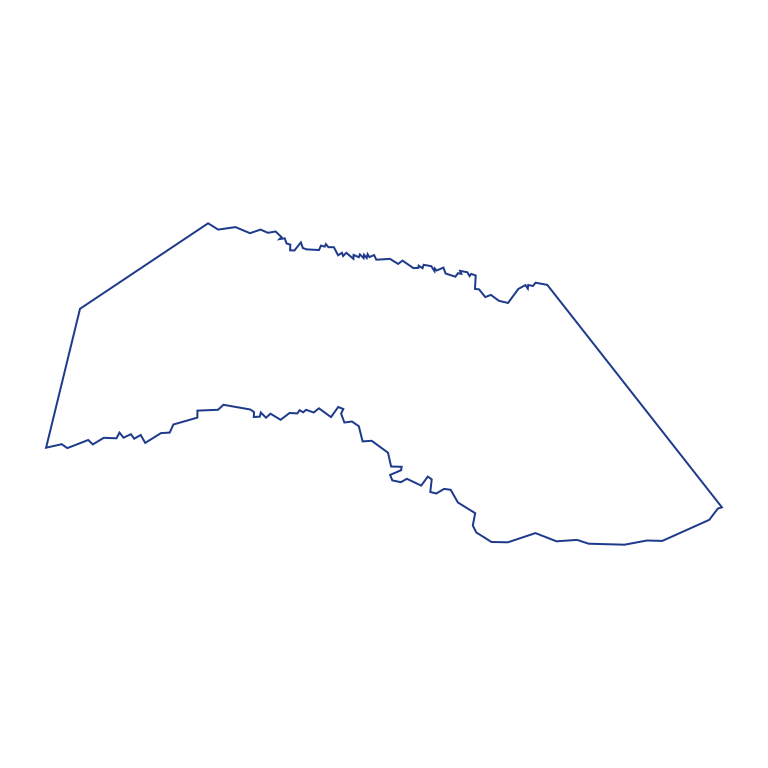 outline of Cravo Norte, Arauca, Colombia
{"feature_id": "7082276B36906579253224", "entity_name": "Cravo Norte", "entity_type": "district", "adm_level": 2, "iso_a3": "COL", "parent_name": "Colombia", "parent_adm1": "Arauca", "projection": "mercator", "projection_center": [-70.099, 6.342], "detail": "medium", "context": "isolated", "style": "outline", "palette": "blue", "viewbox_px": 768, "rotation_deg": 0, "n_neighbors": 0, "source": "geoboundaries", "source_scale": "gbopen_adm2", "svg_char_len": 1921}
<svg xmlns="http://www.w3.org/2000/svg" viewBox="0 0 768 768"><path d="M547.3,284.9L535.6,282.7L532.9,286.0L528.2,285.0L527.8,288.6L525.4,285.1L518.4,288.9L508.0,303.0L498.9,300.8L490.9,294.9L485.3,297.1L479.1,289.4L475.0,288.9L475.7,275.5L471.2,273.9L469.6,276.1L467.2,272.2L460.1,270.9L461.3,273.8L457.9,273.2L455.4,276.7L445.6,273.5L443.4,267.6L436.6,270.5L434.8,268.5L434.5,271.1L431.3,266.2L423.7,264.8L422.5,268.2L418.7,265.7L418.4,267.9L413.4,268.1L402.5,260.6L398.1,263.9L390.0,258.9L376.3,259.7L374.1,255.1L369.4,257.1L367.6,254.2L366.7,258.0L364.0,254.8L363.6,258.1L359.9,254.4L358.8,257.2L353.6,254.9L353.4,258.8L346.3,252.8L343.1,256.0L342.0,252.8L338.1,255.3L333.9,247.2L328.4,247.2L325.9,244.1L324.7,246.6L321.0,245.6L319.0,250.0L306.8,249.4L302.9,248.1L300.9,242.4L294.4,250.5L290.1,250.3L290.3,244.6L286.6,243.5L284.7,238.3L279.6,239.1L281.5,237.1L275.6,231.5L267.9,232.8L260.5,229.6L250.0,233.2L235.5,227.1L218.2,229.6L208.1,223.3L80.0,308.8L46.1,447.7L61.7,444.2L67.3,448.1L88.2,440.0L92.8,444.4L103.8,437.8L116.5,438.3L119.5,432.6L123.5,437.7L130.9,434.2L134.2,438.7L140.7,435.0L145.2,442.9L161.0,433.1L169.7,432.6L173.4,424.5L197.4,417.6L197.4,410.6L218.0,409.8L223.4,404.8L250.3,409.5L254.0,412.1L253.8,417.0L259.8,416.7L260.8,412.5L266.0,417.7L270.5,413.7L280.6,419.8L289.5,413.0L297.3,413.4L299.6,410.2L303.2,412.3L306.1,409.8L313.7,412.5L318.9,408.3L331.0,417.1L338.2,407.0L343.3,409.0L341.1,413.7L344.4,422.5L351.9,421.5L358.8,426.2L362.6,441.4L371.7,440.8L388.0,452.7L391.1,466.5L401.6,466.8L401.1,470.2L390.1,474.9L392.3,480.4L400.8,482.2L406.9,478.8L421.2,485.6L427.8,476.6L431.7,479.4L430.3,492.0L436.3,493.5L444.1,488.9L450.7,489.8L457.9,502.5L475.2,513.2L472.8,525.5L476.3,532.5L491.5,542.0L507.9,542.3L535.4,533.1L556.5,541.3L577.1,539.9L588.6,543.7L624.5,544.7L646.9,540.5L662.3,540.9L709.3,519.8L717.8,508.6L721.9,507.3L547.3,284.9Z" fill="none" stroke="#1e3a8a" stroke-width="2"/></svg>